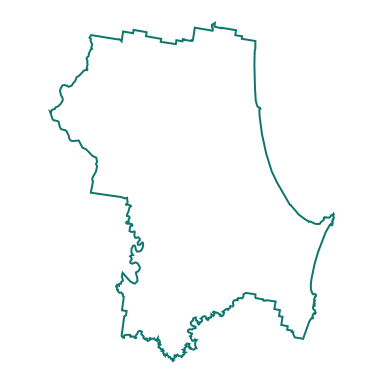 the district of Byron, New South Wales, Australia
{"feature_id": "25037944B26997804636733", "entity_name": "Byron", "entity_type": "district", "adm_level": 2, "iso_a3": "AUS", "parent_name": "Australia", "parent_adm1": "New South Wales", "projection": "natural_earth1", "projection_center": [153.501, -28.613], "detail": "fine", "context": "isolated", "style": "outline", "palette": "teal", "viewbox_px": 384, "rotation_deg": 0, "n_neighbors": 0, "source": "geoboundaries", "source_scale": "gbopen_adm2", "svg_char_len": 5989}
<svg xmlns="http://www.w3.org/2000/svg" viewBox="0 0 384 384"><path d="M303.1,338.8L309.1,322.0L310.9,318.8L311.7,318.6L311.9,317.9L312.9,318.1L312.5,315.8L313.5,313.7L314.2,313.2L314.9,313.9L315.7,312.9L315.0,310.5L313.5,309.2L312.9,307.9L313.2,306.3L313.9,305.8L314.3,306.2L314.1,305.7L314.6,305.9L314.8,305.3L313.9,303.3L314.6,303.0L314.1,301.9L314.9,300.6L314.2,300.5L314.0,299.8L315.1,296.7L315.8,296.5L315.9,294.6L314.2,293.9L313.3,294.3L312.4,293.6L310.9,289.4L310.8,284.8L311.5,278.8L314.6,263.9L318.3,251.4L325.7,232.1L330.1,224.5L330.6,224.1L331.8,225.3L332.5,224.6L332.2,222.2L332.6,222.4L332.6,220.2L333.2,219.8L332.9,219.3L333.8,218.2L333.9,217.3L333.1,216.1L333.8,214.4L333.5,213.8L333.1,214.6L331.4,215.1L330.2,217.0L329.0,217.7L324.5,217.2L323.9,217.8L324.4,218.3L323.4,220.2L320.8,222.2L320.1,223.6L318.9,224.0L315.0,223.8L310.5,221.5L308.9,221.9L308.9,221.4L305.5,219.6L298.8,214.6L290.6,204.9L289.9,204.8L277.2,182.8L271.8,171.6L266.3,154.0L261.9,133.8L259.5,115.3L259.4,108.7L260.3,108.7L260.0,107.9L257.9,106.9L257.1,105.7L255.8,100.9L255.0,88.6L254.4,65.7L254.7,51.1L255.3,48.8L255.4,41.0L241.8,38.8L242.0,36.3L235.3,35.2L236.0,30.2L221.6,27.8L221.5,28.3L214.4,26.6L214.9,23.0L212.0,24.8L211.8,26.9L212.9,29.2L212.5,30.7L194.8,27.7L192.9,40.2L191.9,40.1L191.8,41.0L184.1,39.8L184.2,39.3L182.8,39.1L182.5,41.3L176.4,40.2L175.8,44.1L160.7,41.8L161.2,38.9L146.0,36.2L146.6,32.2L133.6,29.9L133.1,33.2L123.1,31.5L121.6,41.4L119.5,39.2L117.9,39.4L91.1,35.1L89.5,37.7L90.9,39.0L90.5,40.6L92.1,44.4L91.4,47.5L92.1,48.8L90.8,49.3L88.8,53.9L88.7,56.0L86.7,57.9L86.6,59.0L87.5,60.7L87.2,62.2L87.6,64.5L86.7,68.2L87.4,69.3L87.1,70.1L85.5,70.0L84.0,70.6L79.0,75.8L76.5,77.3L75.2,81.1L73.4,82.9L71.6,85.7L68.5,86.8L66.8,85.6L64.2,85.0L62.2,85.6L60.4,89.2L60.1,91.2L60.9,95.0L62.4,97.5L62.8,100.0L62.5,100.8L60.7,103.9L58.2,106.2L55.7,107.3L54.6,109.2L52.4,109.6L51.4,110.7L51.0,112.4L50.1,111.7L52.6,119.3L53.4,120.1L57.6,121.1L58.6,121.8L59.9,127.2L61.0,129.1L66.2,130.6L68.6,135.3L69.3,138.5L70.3,140.2L72.2,141.1L78.7,140.5L82.5,147.7L86.1,149.3L92.6,156.0L96.2,157.6L97.1,161.4L96.0,164.2L96.9,165.6L97.0,166.5L96.0,171.5L92.5,177.7L92.3,179.9L93.0,181.4L90.8,192.7L121.9,197.2L124.6,198.4L127.0,197.8L127.6,202.3L127.2,203.5L126.1,204.1L126.0,204.6L129.1,204.9L130.5,205.5L131.0,206.2L129.5,207.3L128.8,210.6L127.0,214.7L127.1,216.2L128.5,216.1L129.6,217.4L129.5,218.4L128.6,219.4L128.7,221.9L126.7,221.7L126.1,222.8L127.2,223.7L130.3,223.8L132.3,224.4L132.3,225.7L130.7,226.0L130.1,226.7L129.5,231.1L131.6,232.0L134.6,231.5L134.8,232.1L134.3,235.2L135.0,237.5L135.8,237.9L138.3,237.3L139.7,238.7L139.7,240.4L137.7,242.4L138.0,244.7L140.1,244.8L141.8,242.7L142.6,242.5L143.0,243.0L143.2,244.9L142.7,247.5L141.1,250.5L140.1,251.2L137.2,251.7L135.9,249.9L135.1,246.1L134.1,245.4L132.9,245.9L131.5,248.9L131.4,252.5L133.0,255.1L131.1,255.3L130.1,256.4L131.2,257.4L131.8,259.2L130.3,261.3L130.3,262.8L132.1,263.7L135.6,262.4L137.8,263.6L139.8,267.1L139.8,268.7L138.2,271.4L136.2,272.2L135.9,272.9L137.3,278.2L137.5,280.8L135.3,283.4L133.8,283.4L130.1,281.3L122.6,272.8L121.8,276.7L122.9,279.7L122.8,281.0L121.4,281.7L121.0,283.7L119.1,283.9L119.0,285.8L116.9,284.8L116.1,286.6L117.1,287.4L117.1,289.4L118.0,289.8L117.6,290.8L119.4,292.8L121.4,292.5L121.9,293.7L122.9,294.2L122.8,295.8L123.8,296.8L122.0,310.3L126.6,311.0L126.0,315.3L124.2,316.5L121.6,335.9L122.7,337.4L123.9,337.8L124.1,335.5L126.8,334.8L130.2,334.9L130.5,335.2L130.0,335.9L130.5,336.8L133.5,336.5L134.7,337.8L135.8,338.2L136.2,337.7L135.5,337.1L135.7,335.5L137.2,334.0L138.0,331.7L139.7,330.8L141.9,331.6L141.2,333.9L143.7,336.5L143.4,338.0L145.2,339.4L146.0,338.4L146.8,338.5L147.1,340.3L147.8,341.0L150.3,339.6L150.3,339.0L149.5,338.4L149.9,338.0L151.9,338.9L154.3,338.4L155.0,339.7L157.0,340.9L157.0,339.4L157.9,338.0L157.9,339.4L159.2,340.1L159.9,341.7L159.9,343.4L159.0,342.5L158.4,343.2L158.4,344.2L160.2,345.0L158.9,346.0L158.5,347.4L160.2,348.1L160.9,349.2L162.7,349.2L162.7,350.1L163.2,350.5L162.0,351.1L163.5,351.8L163.3,353.2L163.8,353.7L163.8,354.8L164.5,354.7L165.2,355.7L165.4,354.6L166.4,354.8L166.9,354.0L167.5,355.6L168.2,355.9L168.9,357.3L169.9,357.0L171.0,358.9L172.2,358.8L172.5,360.7L173.0,361.0L173.8,360.2L172.9,359.9L172.8,358.7L173.6,358.8L175.4,356.8L174.5,356.1L174.7,355.3L175.5,355.4L175.7,356.5L176.3,356.6L176.8,355.0L177.5,354.6L179.0,356.1L180.9,356.2L181.6,357.0L182.5,356.2L182.7,354.9L184.0,354.6L184.4,353.2L185.5,352.5L183.6,352.2L184.4,350.8L183.1,349.8L184.8,349.6L184.5,348.2L186.3,346.6L185.5,345.3L186.4,345.1L186.4,344.1L186.9,343.6L189.4,343.9L188.5,346.8L189.9,348.6L190.6,348.7L190.4,347.5L191.7,349.1L193.4,349.6L194.5,349.3L195.4,348.1L196.4,348.1L195.3,346.0L195.1,343.4L195.6,341.1L196.8,340.1L194.9,339.3L194.1,340.4L192.4,340.9L190.7,338.0L191.2,336.7L190.1,336.2L192.0,334.2L192.0,333.5L188.4,332.2L187.8,331.1L188.0,330.3L189.4,329.3L192.1,329.5L193.0,328.7L195.6,328.1L195.6,327.0L195.0,326.5L192.1,325.6L190.8,323.9L190.8,322.2L192.9,320.4L193.4,318.2L195.8,317.5L195.9,320.3L197.5,321.0L197.5,323.1L198.9,324.5L199.6,323.9L199.6,322.2L201.1,321.9L202.1,320.9L201.8,319.1L200.8,318.6L203.0,316.6L204.3,316.2L205.6,316.5L206.3,319.0L207.0,319.6L207.9,318.2L208.8,317.9L208.8,318.8L209.8,317.4L211.0,317.5L211.5,316.0L211.4,314.3L213.5,315.9L214.5,313.8L214.2,313.0L213.1,312.2L213.5,311.6L218.2,313.2L219.1,314.3L220.2,314.4L220.3,316.0L221.3,315.8L222.4,316.7L221.7,315.7L223.2,315.3L224.1,312.6L222.6,311.8L226.5,308.9L227.9,309.8L228.0,308.9L229.8,308.3L229.7,307.4L230.4,306.1L232.5,306.6L233.5,305.2L232.8,302.3L234.3,300.2L237.6,300.2L237.4,298.8L238.3,298.1L238.6,298.5L240.2,298.0L241.9,298.4L243.1,297.3L243.7,294.1L245.9,292.9L255.5,294.4L255.3,297.1L255.8,298.1L263.3,299.4L263.1,300.3L263.8,300.6L265.2,300.8L266.6,300.2L275.6,301.5L274.4,309.1L279.9,310.1L279.0,316.1L282.5,316.7L281.3,325.0L287.7,326.2L287.2,329.8L291.9,330.6L291.7,331.9L293.3,332.2L293.1,333.9L294.8,337.4L303.1,338.8Z" fill="none" stroke="#0f766e" stroke-width="2"/></svg>